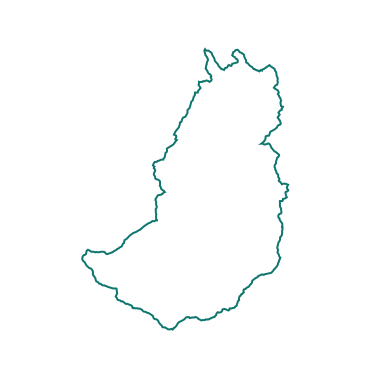 Huanuco, Huánuco, Peru, rotated 154°
{"feature_id": "86281439B77325652799034", "entity_name": "Huanuco", "entity_type": "district", "adm_level": 2, "iso_a3": "PER", "parent_name": "Peru", "parent_adm1": "Huánuco", "projection": "albers", "projection_center": [-76.232, -9.851], "detail": "fine", "context": "isolated", "style": "outline", "palette": "teal", "viewbox_px": 384, "rotation_deg": 154, "n_neighbors": 0, "source": "geoboundaries", "source_scale": "gbopen_adm2", "svg_char_len": 5970}
<svg xmlns="http://www.w3.org/2000/svg" viewBox="0 0 384 384"><g transform="rotate(154 192 192)"><path d="M212.4,235.3L213.7,234.6L215.4,233.1L215.3,232.3L214.6,231.4L215.5,230.7L215.9,230.1L215.5,228.9L215.7,227.2L217.6,225.9L218.7,224.4L218.4,222.2L219.0,220.5L218.8,219.5L216.9,217.8L216.1,215.7L217.4,212.7L218.2,211.7L217.9,210.4L218.4,208.6L217.6,206.6L216.8,205.5L216.8,204.7L216.5,203.9L217.7,204.0L219.4,203.2L220.0,203.4L220.7,203.1L224.0,204.0L228.0,201.6L228.0,201.1L228.4,200.7L228.6,198.4L229.4,197.4L229.9,196.0L230.0,194.4L230.7,193.3L232.1,192.6L233.7,188.8L233.7,187.8L234.5,186.8L236.2,183.2L235.7,182.1L235.9,181.8L236.9,182.3L238.7,182.3L240.4,183.3L241.2,182.9L243.6,182.8L244.9,183.0L251.0,182.1L252.9,181.4L254.2,181.3L254.7,180.8L255.5,181.0L259.9,180.6L262.8,180.9L266.9,180.2L271.1,178.6L273.9,178.2L275.6,175.9L276.7,175.8L279.0,173.9L281.0,173.9L282.7,173.5L283.8,173.6L285.8,173.1L288.3,173.1L289.5,172.7L295.4,173.3L296.4,174.3L296.7,175.9L297.4,176.9L299.5,178.0L302.8,178.9L304.2,180.0L305.4,180.2L306.6,181.4L308.8,182.5L309.9,184.6L310.9,185.7L312.6,185.2L314.5,182.7L316.0,182.4L317.1,182.7L318.6,181.9L320.0,180.0L320.2,179.0L319.9,177.2L319.3,176.2L319.0,172.1L317.8,169.0L316.3,167.3L315.8,165.1L316.2,162.9L316.8,162.2L317.3,161.0L316.6,157.0L317.0,155.7L317.2,153.7L315.8,151.7L315.6,150.2L314.2,149.4L313.7,147.8L312.4,146.7L311.9,146.6L308.5,142.9L305.1,139.8L302.5,138.6L302.2,138.2L303.8,133.6L306.4,131.5L306.0,129.7L306.1,127.7L304.1,125.9L303.6,124.6L302.6,124.4L302.1,123.9L300.8,120.9L300.2,120.2L299.3,120.0L296.2,116.5L295.8,115.4L296.3,114.0L295.7,113.3L294.9,113.2L294.3,112.4L292.4,111.7L291.6,110.8L290.1,110.1L288.8,108.4L288.0,105.9L286.0,104.3L285.5,103.3L284.3,102.4L283.2,100.9L281.5,97.8L281.8,95.3L281.1,94.0L279.6,93.1L278.8,91.0L279.0,89.4L278.5,87.0L277.8,85.5L277.8,83.5L277.0,82.8L276.3,82.6L275.6,82.1L273.7,79.1L272.4,78.3L270.4,77.9L269.8,77.4L269.8,76.9L269.3,76.9L268.0,77.8L267.2,77.6L265.0,78.4L261.8,80.5L259.8,80.8L258.4,80.7L254.9,80.9L252.1,81.9L249.5,80.9L249.3,79.7L246.1,78.9L245.0,78.1L243.5,78.1L242.3,76.6L242.0,75.3L239.8,72.4L238.0,72.1L236.9,71.3L235.5,71.5L234.5,70.7L233.4,70.6L232.8,70.1L231.6,70.4L230.7,70.1L229.9,70.4L229.3,70.1L228.2,70.3L226.6,69.8L225.5,70.5L224.3,70.7L223.4,71.9L221.8,72.7L221.5,72.6L221.0,72.0L219.4,71.4L218.2,71.4L217.5,71.6L216.1,73.1L214.0,72.7L211.3,69.6L210.2,69.6L209.4,70.7L208.8,70.8L207.5,69.9L206.4,69.9L204.6,69.4L203.3,70.1L202.0,70.1L198.4,73.9L197.1,74.1L196.4,75.9L195.0,77.4L193.7,77.5L192.5,78.5L191.6,78.3L190.6,78.9L189.5,79.0L189.1,80.7L188.1,81.7L186.4,81.4L184.5,82.1L183.1,81.9L181.7,82.3L180.7,83.1L179.0,83.5L177.6,84.5L177.2,85.4L176.4,85.9L173.0,86.7L170.2,86.8L169.4,87.4L166.0,87.3L164.8,87.1L163.8,86.0L162.8,86.2L156.2,84.6L153.5,85.6L152.5,86.4L151.4,86.6L148.3,88.0L147.1,88.8L145.5,90.6L144.9,90.8L143.8,92.3L142.4,93.1L142.1,93.9L141.4,94.3L141.8,95.3L141.4,98.7L141.7,100.0L140.8,101.4L140.0,102.0L139.9,104.5L136.4,108.7L134.3,110.0L133.4,111.1L132.8,112.6L131.8,112.9L130.1,113.9L129.3,115.3L128.7,115.8L128.6,116.5L127.9,117.8L127.2,118.5L126.8,119.7L126.0,120.5L126.5,121.2L125.5,122.3L124.6,124.3L125.0,125.3L125.4,128.8L125.0,129.4L125.1,130.4L125.5,131.0L125.0,132.7L123.5,133.9L121.3,133.7L120.6,134.5L119.2,138.2L119.3,140.3L117.0,145.3L114.8,144.3L114.3,144.4L113.3,145.9L111.0,145.4L109.1,145.7L109.1,147.6L108.3,150.5L107.7,151.0L105.9,150.7L104.7,151.4L104.6,151.9L105.1,153.1L104.7,154.7L102.4,156.4L104.5,158.6L106.6,159.5L107.8,159.5L108.2,162.2L109.0,163.3L109.0,164.3L108.0,164.9L107.6,166.2L108.0,167.5L107.0,170.0L107.7,172.2L107.2,173.6L107.3,175.9L106.8,176.9L106.9,178.1L105.9,179.9L103.8,181.0L103.4,182.2L100.3,185.6L99.3,185.6L97.8,186.5L97.4,187.3L99.0,190.9L100.1,192.5L101.2,196.9L101.1,200.4L101.6,201.7L102.1,202.2L103.9,202.3L106.1,202.9L107.8,204.9L108.4,205.1L104.9,205.9L104.4,206.5L103.1,207.0L101.4,209.7L99.8,209.7L98.9,209.1L98.0,209.0L95.2,211.8L90.4,212.0L87.6,212.7L86.4,213.6L85.0,214.2L83.2,213.9L82.2,214.6L81.7,218.0L82.1,218.8L82.0,220.3L82.4,220.8L82.3,221.6L79.3,223.1L79.5,225.4L77.5,226.5L75.2,226.6L74.8,227.7L73.5,228.2L72.9,228.8L74.1,229.8L74.3,230.4L73.2,233.8L71.9,234.9L71.5,238.1L71.8,239.0L71.6,240.4L71.9,242.5L70.4,243.3L70.3,245.3L70.4,245.9L72.3,248.8L72.7,249.8L70.2,251.2L68.4,251.1L66.7,253.1L66.4,254.6L65.3,256.1L65.0,257.2L65.1,258.9L63.8,262.9L64.2,264.7L63.8,266.4L66.3,270.7L66.8,272.1L73.8,271.0L75.2,271.3L75.7,271.0L75.9,270.5L76.9,271.4L77.4,271.0L78.4,271.5L78.8,271.1L79.6,272.3L80.5,272.9L80.7,273.5L81.4,274.0L81.8,275.1L82.7,275.5L83.2,277.9L84.6,280.0L85.5,283.4L86.5,284.7L85.7,286.7L85.8,290.0L85.1,292.8L86.8,295.7L87.8,296.6L88.3,299.2L88.9,300.0L90.8,300.4L92.0,299.7L93.4,299.7L94.1,299.4L94.7,298.2L95.9,297.5L95.7,296.3L94.2,294.1L94.2,292.7L93.1,291.3L93.3,289.7L94.3,288.6L99.7,289.6L101.3,288.1L102.1,288.6L103.1,289.9L103.6,290.0L106.0,288.5L107.8,288.9L109.7,287.6L111.2,289.5L111.7,289.6L112.8,293.5L112.8,295.7L114.0,299.8L113.4,302.2L113.7,306.4L113.4,308.4L115.2,311.9L116.9,312.6L117.6,313.8L117.7,314.6L118.9,313.7L119.9,309.3L119.4,306.8L119.5,304.0L122.4,301.2L122.8,300.2L123.9,299.5L124.9,297.6L125.6,297.0L125.2,295.1L125.2,291.5L124.9,290.7L124.0,289.6L123.9,287.5L124.9,287.1L124.9,284.9L125.7,283.7L128.0,283.3L128.8,284.7L129.9,285.8L130.4,286.0L131.9,285.9L133.4,286.8L134.2,286.4L136.6,287.3L137.4,288.0L138.0,286.6L139.1,285.5L138.7,281.7L142.0,280.3L143.4,278.8L145.6,280.1L147.0,277.8L148.7,276.8L151.1,274.1L153.1,273.4L157.0,268.8L160.3,267.5L161.2,265.3L162.9,263.9L164.1,263.3L164.9,262.5L167.3,262.8L169.0,261.7L170.8,259.7L172.4,259.8L172.9,258.7L175.4,255.9L180.0,253.8L183.1,251.5L181.6,249.6L182.1,248.1L183.8,247.0L183.6,246.0L182.9,245.3L185.2,244.5L186.0,243.8L188.2,242.8L195.2,242.1L195.7,241.8L196.5,239.8L197.1,239.1L198.7,238.7L201.3,235.2L202.9,234.5L203.5,233.7L205.8,234.6L207.9,234.6L209.3,235.0L210.6,234.6L212.4,235.3Z" fill="none" stroke="#0f766e" stroke-width="2"/></g></svg>